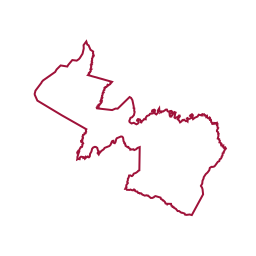 outline of Mpongwe, Copperbelt, Zambia, rotated 30°
{"feature_id": "96606910B43712843056023", "entity_name": "Mpongwe", "entity_type": "district", "adm_level": 2, "iso_a3": "ZMB", "parent_name": "Zambia", "parent_adm1": "Copperbelt", "projection": "equal_earth", "projection_center": [27.957, -13.579], "detail": "fine", "context": "isolated", "style": "outline", "palette": "rose", "viewbox_px": 256, "rotation_deg": 30, "n_neighbors": 0, "source": "geoboundaries", "source_scale": "gbopen_adm2", "svg_char_len": 5830}
<svg xmlns="http://www.w3.org/2000/svg" viewBox="0 0 256 256"><g transform="rotate(30 128 128)"><path d="M226.8,171.5L226.2,147.9L223.2,143.8L221.9,142.6L220.1,141.7L220.1,139.1L218.9,136.4L218.7,134.0L218.2,132.7L218.4,129.0L219.1,127.0L219.5,124.0L218.8,121.6L219.7,119.9L220.9,119.3L221.9,118.2L222.2,117.3L222.7,112.4L223.6,111.1L223.1,109.2L223.8,108.0L223.7,106.3L223.3,105.8L223.6,104.6L222.6,102.6L223.3,101.5L222.7,100.7L222.9,99.2L222.6,98.5L223.1,96.9L222.3,96.4L222.2,97.3L221.2,97.3L221.2,96.5L220.3,96.8L219.3,95.9L219.2,95.4L218.7,95.6L218.6,96.3L218.1,95.9L217.4,96.4L216.6,95.5L216.6,94.8L215.0,94.5L214.4,94.7L213.9,93.1L212.7,92.6L212.5,92.1L211.0,92.3L210.3,89.7L209.6,88.6L209.5,87.7L209.0,87.3L209.0,86.9L208.7,87.5L208.1,86.6L206.7,86.4L206.2,85.6L206.1,82.9L205.4,82.8L204.2,81.2L203.8,81.2L203.6,80.1L203.2,80.3L202.9,79.7L202.6,80.0L202.2,79.2L201.4,80.2L201.1,80.0L200.5,80.3L200.4,81.1L199.8,80.9L199.5,82.1L198.8,82.3L198.1,81.4L197.0,81.2L195.9,79.6L195.0,80.0L194.4,78.6L193.8,78.1L193.4,78.1L193.5,78.8L192.9,79.5L191.3,79.3L190.5,78.2L190.1,79.2L189.4,78.4L188.7,78.2L187.9,79.0L187.0,78.1L186.1,78.8L185.5,78.8L185.3,79.2L185.6,79.2L185.8,80.2L182.6,81.1L182.5,83.3L180.8,85.6L179.9,87.8L178.5,86.7L177.8,84.5L176.5,84.1L175.6,85.9L175.6,86.5L177.3,86.5L177.8,87.6L176.6,89.4L175.6,89.9L174.6,89.6L174.2,90.3L175.9,91.5L176.3,92.5L175.6,92.3L174.8,93.1L172.4,92.8L171.9,93.8L171.2,93.9L171.0,95.6L170.3,97.1L168.4,95.9L166.7,95.6L167.1,92.1L166.5,91.4L165.9,91.7L165.9,92.6L164.0,95.9L163.0,95.7L161.7,92.0L161.5,90.8L160.1,91.0L159.9,95.2L159.1,95.6L159.7,96.5L159.0,97.0L158.6,96.8L158.7,95.9L157.8,96.2L156.7,94.7L158.6,92.7L158.0,91.8L157.1,91.5L156.0,92.2L155.2,93.5L153.9,93.7L152.5,92.6L151.7,93.0L150.2,96.1L149.3,96.5L149.1,97.6L148.5,97.6L148.3,98.0L148.1,97.2L147.1,97.7L146.4,97.2L145.2,95.4L145.1,98.0L146.3,99.8L145.7,102.1L143.9,101.9L143.2,101.0L142.5,99.1L141.5,99.0L140.7,99.9L140.2,100.7L140.4,101.3L141.2,100.3L141.8,100.2L142.2,100.7L142.2,103.0L140.0,104.7L139.9,106.3L138.4,108.1L138.2,110.2L139.0,111.6L137.5,112.2L137.4,113.4L136.7,114.8L136.8,116.5L136.4,116.6L135.9,115.8L134.1,114.7L132.2,115.2L131.9,116.4L132.1,117.1L133.6,116.9L134.5,117.8L134.2,119.5L133.4,120.6L130.4,120.6L128.8,122.3L126.5,122.1L125.6,121.3L125.1,117.9L126.2,116.6L126.7,113.9L125.7,110.7L124.9,110.2L123.6,107.8L122.9,107.9L122.2,106.5L117.9,101.7L115.6,100.4L113.9,100.4L109.4,116.4L107.5,117.4L105.3,120.4L91.3,126.5L90.9,126.2L91.4,125.5L90.9,124.8L91.3,124.5L90.8,124.4L91.3,123.6L91.0,123.6L90.8,122.7L91.1,122.2L91.4,122.7L91.6,122.4L92.1,120.3L92.2,118.5L91.9,117.9L91.5,118.2L91.5,117.6L90.8,117.9L91.0,117.0L90.4,116.6L90.7,115.6L90.2,115.5L89.9,114.7L90.2,114.3L89.9,114.2L89.9,113.7L89.3,112.9L89.5,112.5L89.0,110.8L88.6,110.6L88.6,109.8L89.0,109.4L88.6,109.2L88.2,108.1L88.5,107.0L88.2,106.9L88.2,106.1L87.5,105.0L87.9,104.0L88.3,104.1L88.4,103.5L88.8,103.3L88.9,102.0L89.1,102.3L89.3,101.9L89.5,101.1L89.1,100.8L89.9,100.3L90.6,99.0L90.7,98.1L90.4,97.9L90.9,97.1L91.1,96.0L66.9,102.2L67.3,100.6L66.6,100.2L66.7,99.6L67.3,98.7L67.0,98.1L67.3,97.5L66.6,96.2L66.8,95.6L66.1,95.8L65.6,93.4L65.2,93.1L65.0,92.2L64.4,92.0L64.7,91.3L64.4,91.3L64.1,90.4L64.4,89.4L63.5,88.9L63.4,88.0L63.1,88.0L62.6,86.4L62.1,85.9L62.2,85.1L61.9,84.3L62.3,83.4L62.2,82.6L61.8,82.6L61.9,82.2L61.5,81.8L61.3,82.1L61.1,81.4L60.4,81.0L59.6,79.2L56.4,79.0L52.5,76.1L51.0,76.1L48.6,73.9L48.1,78.5L49.9,81.2L51.5,86.4L51.3,91.6L51.0,93.0L49.9,95.3L45.8,97.0L44.7,103.2L44.7,105.1L38.4,107.5L36.9,113.0L36.9,115.9L30.7,129.2L30.3,131.1L30.4,132.2L29.2,141.9L30.1,145.1L30.7,145.9L35.8,149.6L64.2,150.1L92.5,149.9L92.4,150.7L93.6,152.1L93.4,152.4L93.9,153.7L93.0,154.3L93.4,155.4L92.5,156.5L92.9,157.4L92.8,158.0L94.0,159.0L94.1,159.5L93.8,159.8L94.3,160.7L94.1,161.3L94.6,161.7L93.8,162.7L94.1,163.1L94.7,162.9L94.8,163.4L95.4,163.4L95.6,163.0L96.9,163.7L96.7,165.3L97.3,166.1L97.6,167.3L96.7,168.1L96.9,168.6L96.6,169.4L96.9,171.9L97.5,172.5L97.6,173.1L97.2,172.6L96.8,172.8L96.7,173.6L96.3,173.3L96.2,174.5L97.0,175.4L97.6,175.2L98.2,176.1L98.7,178.6L99.7,179.5L99.5,180.1L99.7,180.6L100.2,179.8L101.7,179.2L101.1,177.7L101.7,176.3L103.9,175.5L104.3,176.2L105.3,175.1L105.5,175.9L106.0,176.2L106.1,175.7L105.5,174.8L105.7,174.0L106.6,174.4L107.4,172.8L108.4,173.1L108.9,172.8L109.1,171.8L108.1,169.3L108.1,166.7L107.3,163.9L107.6,162.3L108.6,161.0L109.6,160.5L111.3,160.6L113.2,162.5L114.1,162.7L114.2,164.9L115.9,165.6L115.8,164.5L116.4,161.2L117.6,158.6L117.7,156.9L120.9,152.9L121.3,151.2L120.8,147.8L121.0,147.0L121.7,146.4L122.8,148.0L124.1,147.8L124.2,146.5L123.4,143.6L123.4,142.5L126.2,138.8L127.5,138.4L128.7,139.0L130.8,141.7L131.7,142.1L132.2,142.9L133.1,142.8L133.2,143.3L134.2,143.8L134.7,144.6L136.6,144.8L137.6,144.3L137.8,144.8L140.0,144.9L140.8,145.6L141.1,145.0L142.0,144.8L143.3,143.7L144.4,144.0L145.7,142.3L146.2,140.5L147.7,138.7L159.0,159.0L158.3,159.9L158.1,161.1L157.2,163.0L155.8,164.7L155.9,166.5L155.5,167.6L155.0,167.9L153.9,167.8L152.7,168.6L153.4,170.7L153.2,171.9L154.0,173.3L154.3,175.2L155.4,175.7L155.1,178.2L155.6,179.5L156.3,179.9L156.4,180.6L155.9,181.3L156.0,182.0L156.7,181.5L157.9,182.1L160.4,180.8L160.9,180.1L162.8,179.8L163.4,179.5L163.9,178.2L164.3,178.2L164.5,178.8L165.4,178.5L165.9,179.0L167.4,178.8L167.9,178.4L169.4,179.2L170.4,178.6L171.1,178.8L171.4,178.3L172.3,178.0L173.6,178.5L176.3,178.2L177.7,177.0L178.7,176.9L179.0,176.5L182.7,177.2L184.0,176.4L185.0,175.1L185.2,174.1L185.9,173.2L191.0,172.0L192.1,173.0L193.6,172.9L194.2,173.3L194.6,173.0L196.8,173.5L198.3,174.6L199.6,174.1L200.2,174.5L200.6,173.6L203.2,172.2L204.5,173.6L205.6,173.5L206.1,174.1L207.1,173.7L207.5,174.1L209.9,174.1L212.5,175.1L213.8,174.4L216.6,174.7L217.3,174.3L219.8,173.8L220.7,174.5L222.1,174.0L224.6,172.1L226.8,171.5Z" fill="none" stroke="#9f1239" stroke-width="2"/></g></svg>